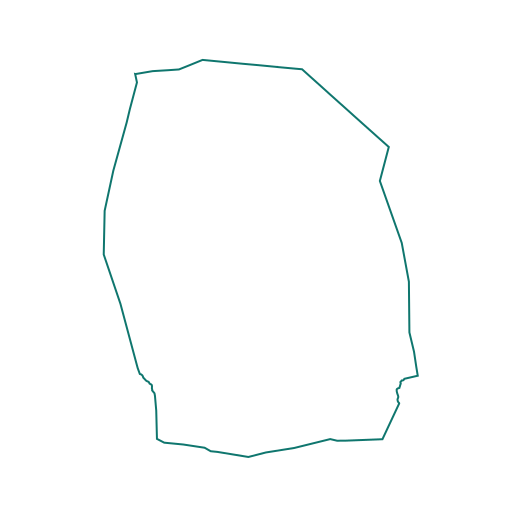 the district of Noyon, Ömnögovi, Mongolia, rotated 170°
{"feature_id": "93677404B12923912473821", "entity_name": "Noyon", "entity_type": "district", "adm_level": 2, "iso_a3": "MNG", "parent_name": "Mongolia", "parent_adm1": "Ömnögovi", "projection": "natural_earth1", "projection_center": [102.365, 42.761], "detail": "fine", "context": "isolated", "style": "outline", "palette": "teal", "viewbox_px": 512, "rotation_deg": 170, "n_neighbors": 0, "source": "geoboundaries", "source_scale": "gbopen_adm2", "svg_char_len": 1931}
<svg xmlns="http://www.w3.org/2000/svg" viewBox="0 0 512 512"><g transform="rotate(170 256 256)"><path d="M385.3,93.1L378.8,88.1L360.4,83.0L339.9,76.1L334.5,71.6L328.1,69.8L298.4,59.4L280.4,60.8L251.7,60.3L214.7,62.8L208.2,60.0L199.2,58.5L163.3,53.6L140.6,85.9L140.6,86.3L141.0,86.9L141.3,87.5L141.5,88.1L141.6,88.6L141.6,89.2L141.6,89.9L141.3,90.7L141.0,91.2L140.6,91.8L140.5,92.1L140.4,92.4L140.3,93.0L140.4,94.0L140.5,94.7L140.7,95.7L140.8,96.7L140.9,98.0L140.8,99.2L140.7,99.9L140.4,100.4L139.9,100.7L139.2,101.0L138.5,101.1L138.1,101.1L137.7,101.2L137.6,101.5L137.0,102.5L136.5,103.6L136.2,104.2L136.0,104.6L135.7,105.0L135.6,105.3L135.7,105.9L135.7,106.3L135.7,106.6L135.6,106.9L135.2,107.1L134.8,107.4L134.5,107.7L134.4,107.9L134.2,108.1L133.9,108.0L133.0,108.0L132.6,108.1L132.2,108.3L131.8,108.6L131.2,109.3L117.5,110.0L117.4,119.1L117.0,134.3L118.2,154.1L109.9,204.1L110.2,243.6L121.0,308.4L106.3,340.3L115.7,352.2L127.9,367.7L135.2,377.0L144.5,388.9L146.9,391.9L155.3,402.6L160.9,409.8L171.1,422.8L178.2,431.9L184.9,433.7L202.2,438.4L202.2,438.5L203.1,438.7L220.8,443.6L236.0,447.7L255.8,453.2L274.6,458.4L289.9,455.1L299.5,453.1L310.0,454.2L325.7,456.0L343.2,456.1L343.4,456.2L343.1,447.6L354.7,422.6L360.2,409.9L381.7,364.8L397.2,326.8L405.7,283.9L397.8,232.4L392.0,166.3L390.9,160.0L390.2,159.6L389.6,159.3L389.1,158.7L388.7,158.2L388.4,157.4L388.2,156.5L388.2,156.1L388.0,155.8L387.9,155.3L387.5,154.9L387.2,154.4L386.8,153.8L386.3,153.0L385.9,152.4L385.5,152.0L385.0,151.6L384.4,151.2L383.9,150.9L383.5,150.5L383.4,150.2L383.2,149.7L383.0,148.9L382.6,148.5L382.0,148.0L381.6,147.8L381.3,147.4L381.1,147.1L381.0,146.6L381.1,146.0L381.1,145.4L381.3,144.7L381.5,143.8L381.5,143.4L381.4,142.9L381.4,142.4L381.6,141.9L381.6,141.6L381.3,141.1L381.0,140.6L380.9,140.3L380.5,139.7L380.2,139.2L379.9,138.6L379.8,138.1L379.8,137.4L379.8,135.7L381.1,121.0L385.3,93.1Z" fill="none" stroke="#0f766e" stroke-width="2"/></g></svg>